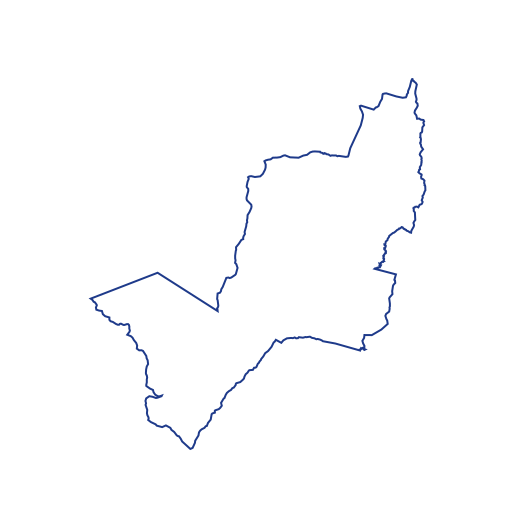 San Carlos, Salta, Argentina (Mercator projection), rotated 10°
{"feature_id": "61730980B20324539983987", "entity_name": "San Carlos", "entity_type": "district", "adm_level": 2, "iso_a3": "ARG", "parent_name": "Argentina", "parent_adm1": "Salta", "projection": "mercator", "projection_center": [-66.067, -25.8], "detail": "fine", "context": "isolated", "style": "outline", "palette": "blue", "viewbox_px": 512, "rotation_deg": 10, "n_neighbors": 0, "source": "geoboundaries", "source_scale": "gbopen_adm2", "svg_char_len": 6113}
<svg xmlns="http://www.w3.org/2000/svg" viewBox="0 0 512 512"><g transform="rotate(10 256 256)"><path d="M275.7,365.2L276.5,361.8L277.5,360.5L277.7,359.4L278.9,357.5L279.0,356.5L280.6,353.7L281.9,350.1L284.4,347.5L287.1,342.7L288.4,338.1L289.3,337.1L290.1,335.1L296.0,337.1L297.6,334.3L300.8,331.7L304.8,330.6L306.6,330.5L308.3,329.5L309.8,330.1L311.6,329.6L312.3,328.5L316.4,328.3L318.8,327.2L319.8,327.2L323.1,326.1L325.4,326.9L327.8,326.9L329.9,327.5L331.1,327.0L333.6,327.2L335.5,327.7L336.6,328.3L349.3,328.4L374.7,331.0L374.5,330.2L375.0,330.1L375.4,328.7L375.8,329.0L375.9,328.6L376.9,328.0L377.1,328.6L378.3,328.8L378.0,329.1L379.0,329.7L379.8,329.1L379.2,329.0L378.7,328.3L378.4,325.7L376.7,323.5L375.5,321.1L376.7,317.9L376.5,315.0L383.8,313.8L392.2,306.7L397.5,300.0L396.4,296.7L395.4,295.5L393.8,292.5L394.2,290.5L396.8,287.6L396.8,284.8L396.4,283.5L396.6,282.2L396.1,279.5L394.5,274.6L394.8,273.5L397.0,269.9L396.2,267.0L396.1,261.6L396.5,260.3L397.8,258.4L397.1,255.9L396.4,255.5L397.0,249.8L375.0,248.0L375.5,247.4L376.7,247.5L376.6,247.1L377.2,246.8L378.0,247.3L377.8,246.3L380.0,245.6L380.4,244.3L379.6,244.7L379.2,244.0L379.6,243.4L379.3,242.8L379.7,243.0L380.2,242.7L380.1,242.3L379.6,242.4L379.6,241.9L380.0,241.8L380.0,241.1L380.5,240.9L381.1,239.9L382.2,239.7L382.2,239.2L382.9,238.9L382.4,238.5L382.7,237.2L382.0,236.4L382.4,236.0L381.6,234.9L382.0,233.9L381.4,233.6L382.4,231.5L383.4,230.7L383.4,230.2L382.8,229.7L383.2,228.7L382.6,228.0L381.2,227.2L380.9,226.0L381.8,225.7L382.1,223.6L380.8,223.1L380.4,222.2L381.3,222.0L381.3,219.2L382.7,217.6L382.7,216.2L383.7,214.1L383.7,213.1L386.8,209.6L387.8,209.1L389.0,207.8L390.6,205.7L392.0,204.8L392.1,204.1L393.4,203.6L394.4,202.2L395.4,202.3L396.7,203.6L397.6,203.5L398.4,204.2L399.3,204.2L399.9,204.9L401.7,205.2L403.3,206.0L404.7,206.1L404.6,204.2L406.2,199.7L406.3,198.1L405.3,196.1L405.8,194.4L406.6,192.9L404.9,185.5L403.5,184.2L403.3,182.7L402.7,181.6L402.8,181.1L403.9,180.6L404.2,179.9L405.9,179.4L407.4,179.9L408.3,177.1L410.0,176.2L410.4,175.5L410.7,173.8L409.5,172.3L410.1,169.5L409.5,168.1L410.4,166.4L410.9,163.1L411.4,161.9L410.6,158.1L410.3,157.4L409.7,157.1L409.7,156.2L408.9,154.9L408.8,152.5L407.4,151.4L405.4,151.0L404.8,149.3L405.1,147.4L404.8,146.9L402.7,146.2L401.3,145.2L401.8,143.7L401.6,143.1L401.9,142.4L402.5,142.1L401.9,140.1L402.9,137.6L402.7,136.0L402.9,135.4L402.5,134.8L402.7,133.8L402.5,132.9L402.0,132.0L402.2,130.9L401.5,129.5L400.1,128.4L399.6,127.5L400.1,125.3L402.0,121.9L399.7,119.6L399.0,117.5L398.2,116.8L398.0,115.8L398.4,115.5L398.2,112.6L397.7,111.1L397.0,110.6L397.2,110.0L396.6,106.7L396.9,106.1L397.8,105.5L398.0,104.5L397.5,100.4L398.8,97.9L397.7,95.8L397.8,94.9L398.2,94.3L397.3,93.0L394.5,93.1L392.8,92.3L390.8,92.9L389.5,89.7L387.6,88.0L387.2,87.2L387.3,85.1L388.5,82.3L389.2,80.0L388.5,77.8L387.3,77.1L386.7,76.4L387.0,74.3L386.7,73.0L384.6,68.4L384.3,66.1L384.6,59.2L383.1,57.6L381.6,56.9L381.1,56.3L380.2,56.2L379.4,54.6L379.0,54.7L378.5,56.4L378.1,62.7L377.1,67.3L377.4,68.9L376.5,70.7L376.6,71.9L376.1,73.7L373.0,74.7L366.5,74.5L356.1,73.2L354.6,73.6L352.9,74.3L352.6,74.9L352.8,79.4L351.6,82.5L350.6,87.1L349.0,88.6L348.2,88.9L346.5,91.4L333.3,89.7L332.2,90.4L333.2,92.8L335.2,95.2L336.9,98.3L337.1,101.5L336.5,109.2L330.1,133.5L329.6,141.0L329.3,142.1L327.2,142.8L320.2,143.0L318.8,143.6L317.4,143.1L313.1,143.8L311.9,144.4L309.7,143.4L307.6,143.5L307.0,143.0L305.5,142.8L305.1,143.6L304.3,143.6L303.6,143.0L301.4,142.8L301.0,142.2L295.8,142.8L293.7,143.3L291.4,144.5L288.7,147.5L285.1,148.9L280.9,151.8L272.4,152.9L267.1,151.8L265.5,152.4L262.8,154.4L259.4,155.5L255.6,156.2L253.6,158.3L251.1,159.1L248.9,160.2L247.8,161.2L249.7,164.3L250.1,167.2L249.9,169.4L248.5,173.9L246.4,176.8L241.2,178.4L237.5,178.2L236.4,178.5L235.4,178.9L234.5,179.8L235.3,180.9L235.4,181.6L234.8,184.4L234.7,188.9L235.0,189.8L236.7,191.3L237.1,193.3L236.5,199.8L236.8,201.5L237.5,202.8L242.4,206.3L243.0,208.0L243.0,209.6L242.0,213.7L240.6,217.2L241.0,220.4L240.9,222.3L241.5,224.3L241.0,225.8L241.2,228.4L240.6,234.4L241.3,236.2L240.3,238.8L240.2,240.5L240.5,241.6L238.8,242.7L236.9,247.1L234.8,250.8L235.4,253.4L235.2,254.4L235.4,259.3L235.9,262.0L236.6,263.8L236.6,266.4L238.0,267.4L239.9,270.9L239.3,277.2L238.9,278.1L235.4,281.5L233.9,282.3L232.5,282.0L230.6,282.7L228.6,292.3L227.6,294.8L227.6,296.7L226.9,298.4L224.7,299.6L225.2,305.1L225.9,306.2L227.5,311.4L227.5,312.7L226.8,314.4L227.2,314.9L227.8,316.9L162.0,289.6L100.6,326.7L102.5,327.6L104.1,329.3L105.3,329.5L107.5,331.6L107.8,332.3L107.3,334.5L108.1,336.6L111.0,337.0L113.8,336.9L115.3,339.9L117.9,341.5L122.3,342.0L122.7,344.3L124.1,345.5L126.5,345.8L130.0,347.3L131.9,347.7L133.2,347.4L133.7,346.5L134.7,346.1L137.4,346.9L138.5,346.7L140.7,345.5L141.9,345.3L142.8,345.9L143.5,347.4L143.8,349.4L144.7,351.3L144.6,352.5L142.9,355.9L146.7,356.7L148.6,357.9L150.3,360.0L153.1,362.4L154.5,364.8L154.7,367.9L157.4,369.2L159.6,368.7L161.2,369.1L165.3,373.5L166.1,375.8L167.4,377.5L168.5,381.2L167.6,383.7L167.5,386.8L167.9,390.5L168.5,391.9L169.1,392.4L169.9,394.5L169.9,396.7L170.4,399.3L170.3,402.2L170.6,403.1L174.7,405.0L177.8,405.8L178.8,408.0L180.9,410.1L182.2,410.6L183.9,411.2L185.8,410.8L187.5,409.8L187.3,410.5L183.7,412.6L182.1,413.2L178.5,412.6L175.3,412.6L172.6,415.3L172.3,417.9L173.3,420.2L173.1,421.8L175.6,426.4L175.9,429.8L176.7,431.7L178.1,433.5L178.5,434.8L178.3,436.2L181.3,437.8L186.4,439.2L187.7,440.3L193.3,440.8L196.7,438.5L201.5,440.1L202.9,441.9L206.0,443.5L209.1,446.4L210.3,446.9L211.4,446.9L213.5,448.9L215.5,451.5L224.8,457.4L226.9,456.0L228.3,450.6L228.2,448.5L230.5,442.8L230.5,439.6L231.3,437.7L232.6,436.1L235.1,434.2L236.0,432.4L237.1,431.9L237.7,428.7L239.8,425.0L239.8,419.5L240.4,418.6L242.7,417.4L242.3,415.8L242.6,415.1L245.9,413.3L247.1,411.8L248.3,409.4L247.1,406.7L248.9,402.0L249.6,401.4L250.3,398.0L251.1,395.9L252.8,393.8L254.7,392.2L255.6,390.3L257.0,389.4L258.4,386.6L258.3,385.6L258.7,384.7L262.4,382.9L264.5,380.2L265.4,378.8L265.6,376.7L266.4,374.2L267.9,372.4L268.8,370.2L269.3,369.6L272.7,368.7L273.5,366.4L275.0,366.0L275.7,365.2Z" fill="none" stroke="#1e3a8a" stroke-width="2"/></g></svg>